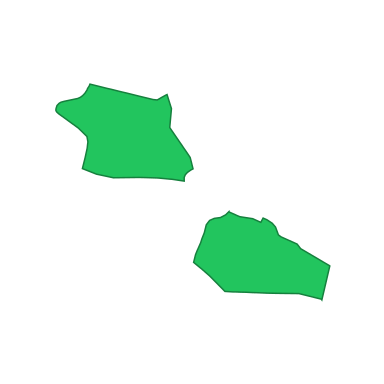 the district of As Sawadiyah, Al Bayda', Yemen, rotated 284°
{"feature_id": "15242507B42548243953389", "entity_name": "As Sawadiyah", "entity_type": "district", "adm_level": 2, "iso_a3": "YEM", "parent_name": "Yemen", "parent_adm1": "Al Bayda'", "projection": "natural_earth1", "projection_center": [45.343, 14.413], "detail": "fine", "context": "isolated", "style": "filled", "palette": "green", "viewbox_px": 384, "rotation_deg": 284, "n_neighbors": 0, "source": "geoboundaries", "source_scale": "gbopen_adm2", "svg_char_len": 1908}
<svg xmlns="http://www.w3.org/2000/svg" viewBox="0 0 384 384"><g transform="rotate(284 192 192)"><path d="M214.7,187.4L219.0,185.1L220.0,184.6L224.8,182.0L225.2,181.7L229.2,177.3L231.3,174.9L233.4,172.5L233.8,172.1L234.5,171.3L234.6,171.2L235.0,170.8L236.8,168.7L240.7,164.3L247.7,156.4L248.9,155.1L249.2,154.8L267.9,151.9L280.5,144.2L280.4,144.1L279.8,143.3L277.1,140.4L276.2,139.4L275.0,138.2L272.9,136.0L272.3,131.9L272.3,131.3L272.2,118.0L272.2,106.3L272.2,105.7L272.2,105.3L272.1,99.2L272.1,88.8L272.0,84.8L272.0,81.4L272.0,80.0L272.0,78.0L272.0,74.4L272.0,66.9L271.3,66.8L269.8,66.6L268.5,66.1L267.1,65.6L265.7,65.5L261.9,64.2L258.9,62.5L258.6,62.2L256.9,60.8L255.1,58.5L251.9,51.9L249.1,46.1L247.4,43.1L245.9,41.6L243.3,40.1L241.9,40.0L240.2,39.9L238.5,40.1L237.7,40.6L236.9,41.4L235.6,43.8L226.5,66.3L221.1,75.5L220.5,76.6L215.4,78.9L212.7,79.2L209.1,79.7L199.4,80.0L198.5,80.0L190.2,80.0L188.2,80.0L186.2,95.0L186.8,112.3L193.3,137.0L194.7,143.2L197.2,154.8L197.6,157.0L197.7,157.8L198.6,163.8L199.2,167.7L199.5,169.4L200.1,175.6L200.3,177.8L200.7,181.8L204.2,180.9L207.0,181.3L209.0,182.3L209.6,182.7L210.2,183.1L210.8,183.6L213.0,185.5L214.7,187.4ZM153.6,343.6L153.8,343.1L163.3,311.1L166.9,306.6L170.0,289.3L171.3,286.2L178.2,281.5L181.1,277.4L183.2,271.4L183.8,267.9L183.9,267.3L179.2,266.1L180.3,260.0L180.8,257.4L180.2,250.9L179.6,244.4L180.1,241.1L180.4,239.6L181.6,232.7L181.9,232.6L178.0,230.2L174.1,225.8L171.8,220.0L168.7,216.0L166.7,215.1L163.6,213.8L163.2,213.8L158.1,213.8L155.5,213.8L154.6,213.7L150.2,213.1L148.6,212.9L145.0,212.7L137.4,211.4L137.1,211.3L132.1,210.6L124.1,210.6L120.5,218.2L119.6,220.2L119.3,220.7L114.9,229.3L103.5,248.0L105.0,256.1L105.7,259.0L106.6,263.3L107.8,268.6L109.1,275.3L110.0,279.3L111.9,288.6L112.0,289.1L113.7,296.6L115.5,304.3L119.3,320.3L119.3,330.1L119.3,343.4L118.7,344.1L153.6,343.6Z" fill="#22c55e" stroke="#15803d" stroke-width="1.5"/></g></svg>